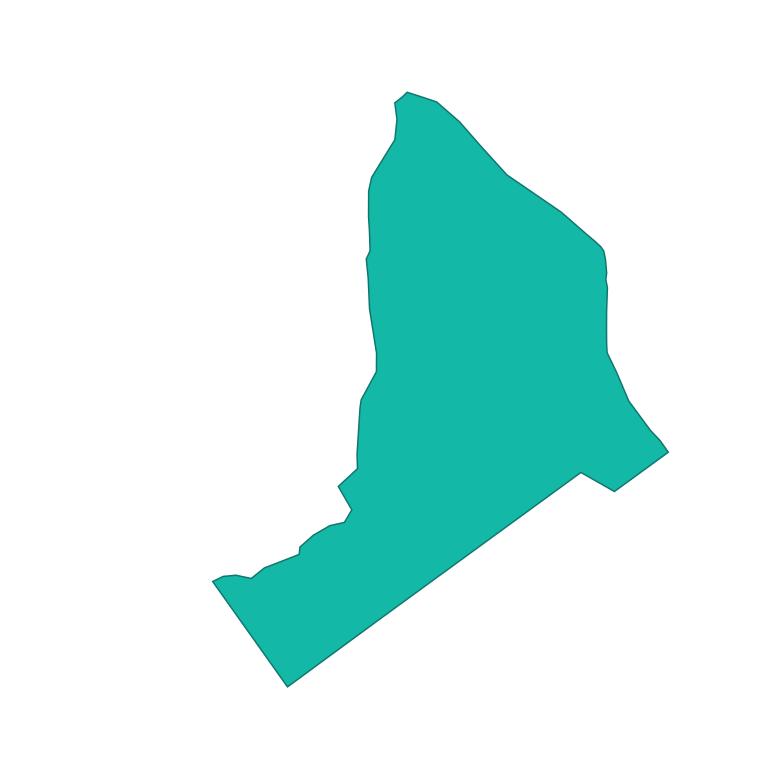 Tassara, Tahoua, Niger (orthographic projection), rotated 234°
{"feature_id": "23599985B43997741220428", "entity_name": "Tassara", "entity_type": "district", "adm_level": 2, "iso_a3": "NER", "parent_name": "Niger", "parent_adm1": "Tahoua", "projection": "orthographic", "projection_center": [5.154, 17.489], "detail": "fine", "context": "isolated", "style": "filled", "palette": "teal", "viewbox_px": 768, "rotation_deg": 234, "n_neighbors": 0, "source": "geoboundaries", "source_scale": "gbopen_adm2", "svg_char_len": 891}
<svg xmlns="http://www.w3.org/2000/svg" viewBox="0 0 768 768"><g transform="rotate(234 384 384)"><path d="M418.8,628.4L481.0,606.3L520.7,602.0L551.6,599.2L581.2,592.4L588.8,587.0L606.4,574.2L605.4,567.1L605.1,558.0L590.4,550.0L575.2,536.3L565.1,511.6L558.3,495.3L549.1,485.0L528.4,469.8L516.4,462.2L499.9,451.0L495.5,443.1L479.2,433.6L453.2,416.4L413.3,396.1L398.4,385.1L384.6,356.2L378.6,350.4L343.0,320.9L331.1,312.8L328.0,286.8L301.1,284.0L295.3,270.6L301.2,257.0L303.2,238.1L301.5,220.2L296.0,215.2L305.5,179.1L304.7,162.3L316.4,151.7L322.9,140.7L324.9,129.3L195.7,127.9L196.3,243.8L196.7,491.3L161.6,507.2L161.7,573.9L175.9,574.1L189.7,572.3L226.3,572.0L257.1,579.1L278.2,582.9L285.6,587.7L296.8,595.7L312.2,607.0L330.5,621.3L338.2,624.9L342.8,629.3L354.4,636.3L362.4,639.9L367.4,640.1L375.5,638.5L385.9,635.9L418.8,628.4Z" fill="#14b8a6" stroke="#0f766e" stroke-width="1.5"/></g></svg>